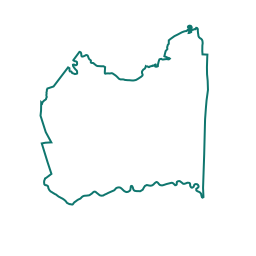 the district of Florencio Villarreal, Guerrero, Mexico, rotated 256°
{"feature_id": "50627088B89189510958197", "entity_name": "Florencio Villarreal", "entity_type": "district", "adm_level": 2, "iso_a3": "MEX", "parent_name": "Mexico", "parent_adm1": "Guerrero", "projection": "albers", "projection_center": [-99.124, 16.694], "detail": "fine", "context": "isolated", "style": "outline", "palette": "teal", "viewbox_px": 256, "rotation_deg": 256, "n_neighbors": 0, "source": "geoboundaries", "source_scale": "gbopen_adm2", "svg_char_len": 5779}
<svg xmlns="http://www.w3.org/2000/svg" viewBox="0 0 256 256"><g transform="rotate(256 128 128)"><path d="M42.7,184.5L51.6,186.3L83.8,195.5L89.6,197.1L113.5,203.7L117.8,204.9L129.4,208.7L135.8,210.9L145.6,214.8L154.4,216.7L161.0,217.7L167.9,219.3L177.8,222.1L180.0,222.8L181.4,218.1L184.7,218.7L190.0,220.1L192.3,221.0L194.5,221.3L195.8,221.1L196.9,220.5L197.5,219.8L198.2,219.3L199.1,218.8L200.3,218.6L201.7,218.8L203.2,218.9L204.3,219.1L205.2,219.2L206.4,219.5L206.9,219.6L207.4,219.6L207.9,219.4L208.4,219.1L208.7,218.4L208.3,218.0L207.7,217.7L207.5,217.2L207.9,216.4L207.6,215.5L207.6,214.3L207.5,213.4L207.0,213.0L206.2,212.6L205.8,212.5L205.4,210.6L205.5,209.9L206.2,210.3L206.7,210.6L207.3,210.9L208.0,211.4L208.5,212.1L209.0,212.8L209.2,213.5L209.6,213.9L209.9,214.1L210.9,214.1L211.5,213.9L211.9,213.6L212.3,212.8L212.4,212.4L212.4,211.9L212.3,211.4L212.1,211.0L211.6,210.6L211.4,210.6L211.4,210.9L211.6,211.2L211.8,211.8L211.8,212.8L211.8,213.2L211.5,213.5L211.2,213.6L210.6,213.6L210.2,213.1L210.1,212.4L209.8,211.5L209.5,211.2L209.2,210.6L208.9,209.6L208.5,209.4L207.9,208.3L208.1,207.2L208.1,205.6L207.8,203.3L206.7,199.0L205.9,195.3L204.8,192.5L204.0,190.5L203.4,189.3L203.2,188.8L199.8,187.9L199.0,186.7L198.0,186.2L196.9,185.5L195.1,185.3L193.5,183.1L188.8,180.6L188.5,180.9L188.3,181.4L187.2,182.8L186.7,183.3L186.4,183.9L186.0,184.3L185.8,185.0L185.2,185.4L184.8,184.6L184.8,183.7L185.2,183.0L185.5,182.3L185.7,181.1L186.0,178.3L186.4,177.6L187.0,177.1L187.1,176.4L187.1,175.7L187.0,175.1L186.6,174.8L185.5,174.1L183.9,173.2L183.0,172.8L182.4,172.4L181.8,172.2L180.8,172.0L180.6,171.6L180.6,170.3L180.8,169.7L181.1,169.3L181.5,169.3L181.8,169.5L182.1,169.7L182.3,170.1L182.6,170.2L182.9,170.2L183.0,170.0L182.7,169.5L182.8,169.3L182.8,169.1L182.7,169.0L182.6,168.9L182.4,169.0L182.2,169.0L182.1,168.8L182.2,168.2L182.4,167.8L182.3,167.3L182.6,167.1L182.6,166.8L182.4,166.5L182.3,166.4L182.3,166.1L182.4,165.9L182.4,165.7L182.4,165.1L182.4,164.8L182.4,164.4L182.3,164.1L182.3,163.8L182.0,163.5L182.0,163.1L182.1,162.7L182.3,162.5L182.5,162.3L182.9,162.0L183.0,161.8L183.2,161.4L183.2,161.2L183.3,160.4L183.6,160.2L183.0,159.8L182.2,159.3L181.6,158.7L181.3,158.0L181.0,157.0L180.0,155.8L179.3,155.2L178.1,154.9L177.2,155.0L176.2,155.1L175.4,154.7L174.6,153.3L173.3,149.6L172.7,147.5L172.7,146.2L172.8,144.7L173.2,143.3L173.5,142.4L174.1,140.7L174.4,139.5L175.4,136.6L176.1,135.6L176.4,134.7L177.0,132.4L177.9,131.2L180.3,129.8L181.8,128.8L184.4,126.5L185.1,125.6L185.3,123.6L185.8,121.9L186.1,120.6L186.2,119.1L186.7,118.8L187.8,119.0L192.6,120.5L193.8,119.2L194.3,117.2L195.0,115.0L195.5,113.4L196.1,112.5L197.0,111.8L197.8,111.2L198.7,110.5L199.3,110.2L199.8,109.0L200.1,108.1L200.9,107.8L202.3,108.3L202.9,108.1L203.9,107.2L204.9,106.8L207.4,106.5L208.0,106.4L208.5,105.9L208.8,105.4L208.9,105.1L208.9,104.8L208.8,104.5L208.5,103.3L208.3,102.1L208.3,101.7L208.3,101.2L208.6,100.5L209.1,100.3L209.7,100.3L211.4,100.6L212.7,100.5L213.5,99.7L213.6,99.3L207.0,91.3L206.9,91.3L206.1,92.1L205.6,92.7L205.2,93.7L204.4,94.4L203.2,94.3L202.0,93.9L201.6,93.3L201.5,92.5L202.7,90.8L202.7,89.9L201.6,89.7L199.4,90.4L197.6,91.2L196.0,92.2L194.6,92.2L193.2,91.8L193.1,90.7L193.2,89.5L193.6,89.0L194.3,88.0L194.7,87.3L195.1,87.0L195.9,86.9L196.5,86.6L196.9,85.4L197.7,85.1L199.1,85.4L200.2,85.6L201.1,84.7L201.3,84.5L186.3,65.8L185.8,59.4L185.6,59.3L185.2,58.9L184.7,58.5L184.2,58.4L183.3,58.1L182.6,57.7L181.9,57.4L181.4,57.4L180.7,57.2L179.9,56.8L178.8,56.6L178.0,56.7L177.4,56.5L176.7,55.8L175.9,55.5L175.4,54.7L175.1,53.7L174.6,52.7L173.6,51.2L172.7,50.7L173.9,50.0L165.8,47.8L161.1,46.1L143.9,47.2L132.6,50.1L133.7,44.3L133.9,40.6L114.1,41.7L102.0,42.6L99.4,36.5L99.2,35.5L99.0,35.2L98.3,34.9L97.6,34.3L96.8,33.8L95.4,33.4L93.7,33.2L93.0,33.5L92.5,34.1L92.1,35.2L90.8,36.3L88.7,36.2L86.7,36.7L85.1,37.6L84.3,38.5L83.5,39.2L83.3,39.4L82.9,39.8L82.6,40.2L82.0,40.6L80.8,42.1L80.0,42.7L79.2,43.3L78.6,43.8L78.0,44.3L77.7,44.7L76.8,45.7L76.4,46.1L75.3,47.4L73.7,48.8L72.4,49.7L71.4,50.2L70.5,50.5L70.1,50.7L69.5,51.4L68.6,52.4L68.0,53.4L68.0,53.8L67.5,54.7L67.3,55.1L67.2,55.7L67.3,55.9L67.7,56.5L68.2,57.0L68.5,57.4L68.8,57.8L68.9,58.2L69.2,58.6L69.3,59.2L69.6,59.8L70.3,61.5L70.6,62.5L70.9,64.0L71.0,64.6L71.1,64.9L71.3,65.2L71.9,66.1L72.3,66.8L72.6,67.6L72.8,68.9L72.7,69.8L72.4,71.5L72.2,73.1L72.1,74.0L72.3,74.8L72.8,76.1L73.0,76.7L73.3,77.4L73.9,78.3L74.3,79.3L74.4,79.9L74.2,80.5L73.9,81.1L73.1,81.6L70.4,83.7L69.8,84.1L69.3,84.7L68.7,86.0L68.5,87.6L69.0,89.3L69.3,91.1L69.8,93.2L70.5,97.2L70.6,97.9L70.8,99.1L70.9,99.5L71.2,100.1L72.0,101.2L72.5,102.0L72.7,103.0L72.7,103.8L72.6,104.7L72.3,105.5L71.9,106.2L70.8,107.1L68.1,108.8L67.5,109.3L66.5,110.5L66.2,111.1L66.1,111.9L66.1,112.8L66.6,114.4L67.4,115.3L68.5,115.8L69.5,116.2L70.4,116.5L70.9,116.9L70.9,117.6L70.5,118.0L69.0,118.3L67.5,118.3L66.3,118.6L65.5,119.2L65.0,120.3L64.6,121.3L63.7,124.7L64.1,125.9L64.6,127.4L66.5,129.1L67.7,130.5L68.1,132.5L67.0,134.7L66.5,136.1L66.5,137.6L67.0,139.0L68.0,140.6L68.4,141.5L68.7,142.5L68.4,143.1L68.0,143.5L67.2,144.0L66.0,144.5L65.1,145.1L64.4,146.2L64.0,147.6L64.1,149.4L64.3,151.9L64.3,153.9L64.3,157.0L64.1,157.5L63.9,158.0L63.0,158.7L62.1,159.3L61.1,159.9L61.0,160.6L61.1,161.0L61.2,161.3L61.5,161.6L63.5,162.2L63.9,162.5L64.2,163.4L64.2,164.3L64.0,165.2L63.7,165.6L62.1,166.9L60.6,168.0L60.3,168.7L60.2,169.3L60.3,170.8L60.4,171.4L60.5,172.0L60.5,172.6L60.0,174.0L59.8,174.3L59.4,174.6L58.6,174.7L57.7,174.5L56.7,174.4L56.0,174.6L55.4,174.8L54.8,175.2L54.6,176.1L55.0,177.1L55.1,177.4L55.9,178.0L56.8,178.6L57.2,179.4L57.2,180.3L56.6,181.6L55.7,182.2L54.5,182.4L53.8,182.2L53.2,181.4L52.4,179.5L50.9,179.2L50.0,179.9L49.3,180.8L48.8,181.5L48.0,182.3L46.6,183.0L44.6,182.9L42.9,183.0L42.4,183.5L42.7,184.5Z" fill="none" stroke="#0f766e" stroke-width="2"/></g></svg>